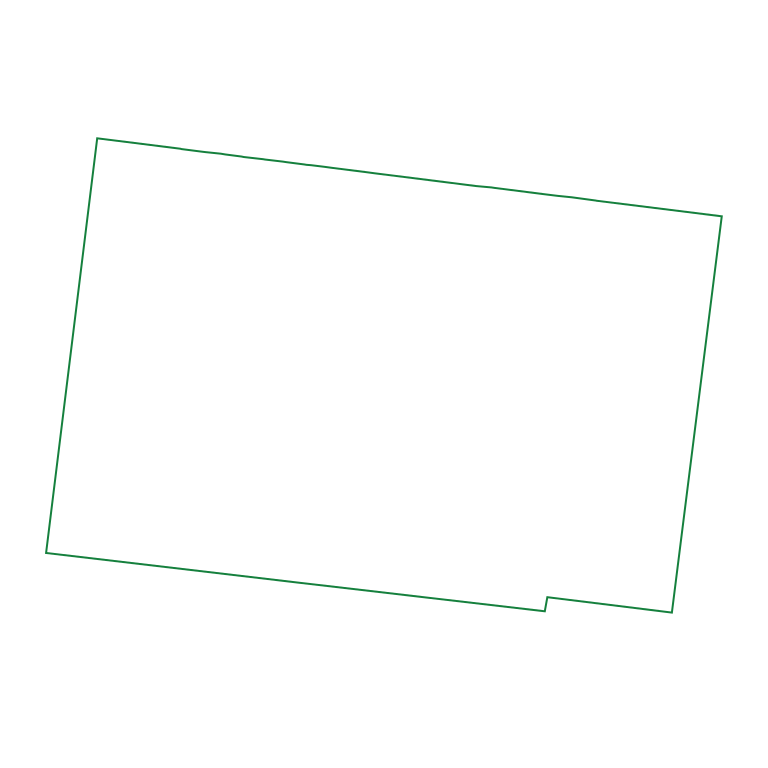 Lincoln, Minnesota, United States of America, rotated 97°
{"feature_id": "52423323B75783073746955", "entity_name": "Lincoln", "entity_type": "district", "adm_level": 2, "iso_a3": "USA", "parent_name": "United States of America", "parent_adm1": "Minnesota", "projection": "equal_earth", "projection_center": [-96.406, 44.414], "detail": "fine", "context": "isolated", "style": "outline", "palette": "green", "viewbox_px": 768, "rotation_deg": 97, "n_neighbors": 0, "source": "geoboundaries", "source_scale": "gbopen_adm2", "svg_char_len": 629}
<svg xmlns="http://www.w3.org/2000/svg" viewBox="0 0 768 768"><g transform="rotate(97 384 384)"><path d="M176.1,196.0L175.8,220.3L176.1,234.6L176.1,249.2L175.9,298.1L175.8,301.3L176.3,316.4L176.2,343.7L176.0,418.8L175.9,427.6L175.8,461.6L175.7,469.3L175.7,483.1L175.9,487.6L175.8,489.9L175.7,508.1L175.6,511.2L175.7,529.5L175.6,531.3L175.8,550.8L175.6,553.2L175.5,569.6L175.3,573.9L175.6,589.5L175.6,593.8L175.5,613.7L175.3,614.7L175.1,698.4L175.1,698.6L592.9,698.8L591.6,445.2L590.0,196.7L575.7,195.9L575.8,70.4L176.4,69.2L176.4,69.4L176.4,70.1L176.2,195.4L176.1,196.0Z" fill="none" stroke="#15803d" stroke-width="2"/></g></svg>